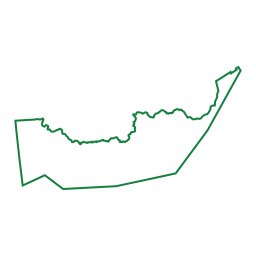 Nueva Palmira, Soriano, Uruguay
{"feature_id": "84410073B44651459787154", "entity_name": "Nueva Palmira", "entity_type": "district", "adm_level": 2, "iso_a3": "URY", "parent_name": "Uruguay", "parent_adm1": "Soriano", "projection": "robinson", "projection_center": [-58.359, -33.846], "detail": "fine", "context": "isolated", "style": "outline", "palette": "green", "viewbox_px": 256, "rotation_deg": 0, "n_neighbors": 0, "source": "geoboundaries", "source_scale": "gbopen_adm2", "svg_char_len": 4966}
<svg xmlns="http://www.w3.org/2000/svg" viewBox="0 0 256 256"><path d="M22.7,185.5L44.8,175.2L63.1,189.0L116.1,186.2L175.7,173.4L207.5,130.4L240.6,70.6L239.1,68.2L238.3,67.0L237.1,67.7L235.9,68.5L236.7,69.7L235.6,70.5L234.4,71.2L233.1,72.0L231.9,72.8L231.1,73.4L230.6,71.9L229.4,72.7L228.3,73.4L225.0,75.5L222.6,77.1L216.0,81.2L218.4,91.0L217.5,93.1L217.1,95.1L217.2,96.9L216.3,99.1L215.0,101.7L215.0,103.4L214.8,105.5L212.5,105.5L210.7,106.6L210.3,109.4L209.2,111.5L208.7,112.5L208.0,113.3L207.0,114.3L205.4,114.5L204.2,115.1L203.2,115.9L201.9,117.0L201.2,118.1L199.9,118.8L199.1,118.9L198.0,118.6L196.9,118.5L196.3,118.8L194.3,119.3L193.0,119.3L192.2,118.9L191.3,117.9L190.4,117.2L189.3,117.1L187.7,117.6L185.8,114.8L184.6,112.9L183.6,111.4L182.7,111.2L181.7,109.9L181.1,109.6L179.2,110.1L178.4,109.4L177.0,109.1L174.7,110.2L173.8,110.6L173.3,111.2L173.0,112.4L172.2,112.7L172.2,113.0L171.7,113.2L171.2,113.0L169.3,113.1L168.6,113.6L168.2,113.6L167.6,113.2L166.8,113.4L166.2,112.9L166.1,112.1L165.0,111.7L163.9,110.7L162.7,110.3L162.2,110.1L161.2,110.4L160.4,111.1L159.7,111.8L159.1,112.0L158.6,112.7L157.9,113.2L156.6,113.4L155.5,113.8L154.5,114.9L154.1,115.7L153.9,116.9L153.6,117.4L152.3,117.3L150.6,117.1L149.5,116.5L149.2,116.0L147.9,115.0L147.4,114.2L147.5,113.5L147.3,113.0L146.9,112.7L145.3,112.3L144.3,112.8L143.2,113.5L142.7,113.7L142.0,113.2L141.6,112.8L140.7,112.5L139.9,112.6L138.2,112.2L137.3,112.3L136.6,113.0L136.2,114.3L134.7,114.7L134.2,114.3L133.7,114.2L133.3,114.4L133.3,114.8L133.8,115.4L134.5,116.3L135.3,117.1L135.8,117.9L135.8,119.4L135.1,120.8L134.9,121.4L133.6,122.2L134.0,123.3L134.3,123.6L134.4,124.0L134.1,124.5L133.5,124.8L133.2,125.6L133.4,126.0L134.2,126.3L134.7,126.9L135.1,127.8L134.8,129.0L134.9,130.0L135.2,130.6L135.1,131.2L134.7,131.4L134.3,131.7L133.2,131.9L132.3,132.2L131.7,132.1L131.3,132.2L130.9,132.8L130.4,134.2L129.9,134.4L129.1,134.5L128.6,134.9L128.5,135.5L128.6,136.0L129.0,136.5L129.2,136.9L129.3,137.5L129.3,138.0L129.1,138.9L128.8,139.4L128.4,139.7L127.4,140.3L127.1,140.6L126.8,141.0L126.0,141.5L125.0,141.8L124.9,142.0L124.7,142.1L124.0,141.6L123.6,141.5L123.3,141.4L123.1,141.4L122.9,141.4L122.8,141.7L122.7,141.9L122.4,142.0L122.0,141.9L121.2,142.1L120.8,142.1L120.3,142.0L119.8,141.9L119.7,141.8L119.7,141.6L119.7,141.4L119.9,141.3L120.0,141.1L120.0,140.8L119.7,140.2L118.9,140.0L118.3,139.7L117.9,139.1L117.7,138.8L117.6,138.4L117.3,138.2L117.3,137.9L117.2,137.6L116.8,137.4L116.4,137.3L116.1,137.3L115.2,137.6L114.6,137.7L114.1,137.9L113.5,138.3L113.2,138.2L112.7,138.3L112.3,138.3L112.0,138.4L111.6,138.3L111.3,138.2L111.0,138.3L110.7,138.6L110.2,139.3L109.3,140.1L108.5,141.5L108.3,141.7L107.9,141.7L107.6,141.5L107.4,141.1L106.7,141.1L105.8,141.1L105.1,140.7L104.5,140.7L104.0,140.7L103.3,140.4L103.2,140.0L102.8,140.0L102.7,140.1L102.2,140.1L100.9,140.7L100.3,140.8L100.1,141.1L99.8,141.3L99.3,141.1L99.1,141.1L98.9,141.2L98.4,141.4L97.7,141.5L96.4,142.1L96.2,141.9L96.2,141.5L96.1,141.3L95.7,141.4L94.5,141.8L94.0,141.8L93.6,141.9L93.2,142.2L93.0,142.4L92.8,142.5L92.5,142.4L92.3,142.4L92.2,142.1L92.1,141.9L92.0,141.7L91.8,141.7L91.5,141.9L90.7,142.3L89.6,142.2L89.2,142.3L88.8,142.4L88.4,142.2L88.2,142.3L87.9,142.4L87.6,142.8L87.3,142.9L86.8,142.8L86.4,142.5L85.2,142.3L84.5,142.3L84.0,142.1L83.6,141.8L83.3,141.8L83.1,141.9L82.7,142.3L82.2,142.6L81.8,142.8L81.6,142.9L81.4,143.0L81.2,143.2L81.1,143.4L80.9,144.0L80.7,144.2L80.4,144.2L80.1,144.2L79.9,144.0L80.0,143.7L80.1,143.4L80.0,143.1L79.9,142.9L79.6,142.9L79.3,143.0L79.0,142.9L78.7,142.2L78.4,141.9L77.8,141.2L77.5,141.0L77.2,140.9L76.8,140.8L76.2,140.9L75.8,140.8L75.2,140.7L74.7,140.7L74.6,140.9L74.6,141.2L74.3,141.4L73.9,141.8L73.5,142.1L72.9,142.2L72.5,142.1L72.0,142.0L72.0,141.9L71.8,141.5L71.7,141.0L71.5,140.6L70.6,139.9L69.1,139.2L68.6,138.7L68.2,138.1L67.8,137.4L67.7,137.1L67.4,136.7L66.9,136.4L66.4,136.1L66.1,135.6L65.9,135.0L65.2,134.3L63.9,133.9L63.4,133.9L62.9,133.8L62.5,133.6L62.4,133.3L62.3,133.0L62.2,132.5L62.1,131.9L62.1,131.3L62.2,130.6L62.1,130.2L61.8,129.8L61.5,129.7L61.1,129.4L60.5,128.9L60.2,128.8L59.9,128.8L59.6,128.8L59.2,128.9L58.9,129.1L58.5,129.5L58.1,129.8L57.7,130.0L57.0,130.0L56.6,130.1L55.9,130.6L55.4,130.9L54.5,131.3L53.9,131.5L53.3,131.6L52.5,131.7L51.7,131.6L51.3,131.5L50.9,131.2L50.5,130.6L50.2,130.0L49.9,129.6L49.5,129.4L49.0,129.4L48.6,129.5L48.3,129.6L47.9,129.6L47.7,129.3L47.6,128.9L47.6,128.3L47.7,127.7L47.8,127.4L48.1,127.2L48.3,126.8L48.2,126.4L47.9,125.9L47.7,125.7L47.4,125.6L46.4,125.2L46.1,125.2L45.7,125.3L45.4,125.6L45.2,125.9L44.8,126.4L44.6,126.6L44.0,126.5L43.5,126.3L42.9,126.0L42.6,125.8L42.3,125.2L42.1,124.4L42.0,123.8L42.2,123.0L42.5,121.9L42.9,121.1L43.2,120.6L43.3,120.0L43.4,119.6L43.3,119.2L43.1,118.8L42.9,118.6L42.6,118.5L42.2,118.6L41.9,118.9L41.6,119.2L41.3,119.4L40.8,119.4L40.3,119.4L39.0,119.4L38.1,119.3L37.3,119.1L36.8,119.1L36.2,119.2L35.4,119.5L15.4,120.7L16.5,132.1L19.5,159.5L19.9,162.6L22.7,185.5Z" fill="none" stroke="#15803d" stroke-width="2"/></svg>